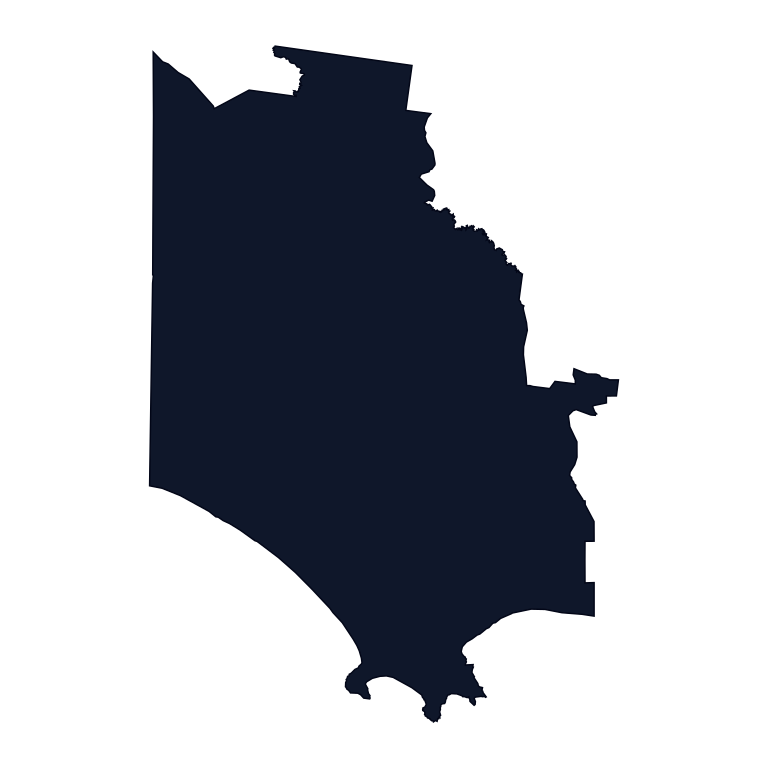 Glenelg, Victoria, Australia (Mercator projection)
{"feature_id": "25037944B68247262621131", "entity_name": "Glenelg", "entity_type": "district", "adm_level": 2, "iso_a3": "AUS", "parent_name": "Australia", "parent_adm1": "Victoria", "projection": "mercator", "projection_center": [141.502, -37.891], "detail": "fine", "context": "isolated", "style": "filled", "palette": "ink", "viewbox_px": 768, "rotation_deg": 0, "n_neighbors": 0, "source": "geoboundaries", "source_scale": "gbopen_adm2", "svg_char_len": 6061}
<svg xmlns="http://www.w3.org/2000/svg" viewBox="0 0 768 768"><path d="M412.0,65.5L275.1,46.1L274.5,47.7L273.6,47.4L273.0,48.4L274.0,48.8L273.2,50.2L274.5,51.1L273.8,52.4L274.8,53.3L274.5,55.1L275.0,55.9L280.8,57.7L283.4,56.7L285.5,57.3L286.3,59.1L288.6,58.8L289.7,61.8L291.3,63.0L295.0,63.6L297.3,67.0L299.3,67.2L301.2,68.7L301.4,69.4L300.1,72.1L300.3,73.0L303.7,73.6L304.4,74.4L304.3,75.1L302.2,76.1L299.9,79.7L301.1,82.1L300.6,83.7L299.8,83.4L299.7,84.3L301.5,85.4L299.4,86.6L300.0,88.2L298.9,88.4L298.5,91.5L297.9,91.9L297.3,90.7L297.5,91.9L296.2,92.1L295.2,90.9L294.1,90.8L294.5,91.2L293.6,92.5L293.6,94.3L295.5,95.5L296.2,95.3L296.2,96.5L249.1,90.1L214.2,108.7L213.3,106.1L189.2,79.0L178.1,72.5L168.2,64.0L162.6,61.8L153.2,52.0L153.5,116.3L152.7,274.9L153.4,275.2L152.6,283.1L149.6,485.8L161.9,488.2L180.4,495.6L209.1,511.4L215.8,516.8L218.3,517.2L223.2,520.6L229.5,523.5L240.2,530.1L254.9,540.7L257.1,541.4L278.4,557.5L295.3,572.4L311.6,588.8L330.0,608.4L333.0,612.6L342.3,622.7L353.1,639.0L356.9,645.5L359.3,650.9L361.4,658.1L362.0,662.7L361.3,664.1L359.0,666.1L358.3,667.9L355.0,669.4L351.2,673.2L349.2,674.3L349.2,675.8L347.6,676.4L347.0,678.7L346.2,679.5L346.6,680.8L345.7,682.4L345.5,686.8L346.3,687.6L346.7,688.9L348.8,690.5L350.5,692.9L357.8,693.2L360.6,694.7L363.7,698.1L369.7,698.9L370.1,698.0L369.6,697.0L370.0,695.7L368.5,693.6L367.6,689.9L367.8,688.7L365.5,684.5L365.5,683.5L366.6,681.8L372.4,678.3L380.0,676.3L386.4,675.9L393.2,677.4L411.9,687.7L421.8,695.0L422.5,697.3L423.8,698.7L424.0,699.7L424.6,699.7L426.3,704.3L424.9,707.0L422.8,708.1L423.2,709.6L422.7,709.7L422.8,710.5L424.7,711.7L424.9,713.4L424.6,714.5L425.2,714.8L425.2,715.8L427.3,717.1L427.5,717.9L430.0,718.6L430.3,719.1L430.0,719.2L431.6,720.7L432.9,720.7L433.4,721.9L435.5,720.5L437.1,721.3L437.7,718.7L438.6,718.7L438.6,718.0L439.5,717.9L439.4,717.4L439.8,717.7L439.8,716.0L440.6,715.3L439.6,711.9L440.4,709.5L440.2,707.2L440.7,706.8L440.8,704.8L442.3,703.8L444.6,703.5L445.3,702.1L445.7,699.6L446.5,698.4L446.7,696.8L448.2,694.8L449.2,694.8L451.3,693.6L456.9,693.9L461.8,695.7L463.0,696.8L463.7,696.4L467.2,697.6L468.8,696.8L468.8,697.6L469.8,699.2L470.0,701.4L474.1,705.3L475.1,704.5L475.4,701.5L474.1,698.3L475.3,697.1L481.6,696.3L482.1,696.7L484.6,696.5L485.5,697.3L486.2,696.9L483.1,692.7L482.7,691.1L481.9,690.6L482.5,687.6L479.5,686.9L478.3,685.8L477.8,683.5L473.8,677.4L474.2,676.9L474.7,677.3L471.9,672.5L472.3,669.6L473.6,666.4L472.4,668.6L473.1,664.6L465.4,665.0L465.5,663.7L466.4,661.9L465.9,660.8L466.3,659.0L465.5,658.3L465.1,657.0L463.8,656.2L461.9,653.7L461.2,651.4L462.3,646.8L466.4,642.1L472.3,638.7L477.0,635.1L479.9,634.0L486.3,628.7L488.9,627.6L492.8,623.2L495.5,622.6L500.6,618.4L511.8,613.5L513.0,612.2L512.5,613.0L531.1,609.1L545.0,609.4L561.9,612.7L582.2,614.3L594.1,616.1L594.1,582.6L585.0,582.9L584.9,559.8L585.0,541.3L594.1,541.2L594.0,521.5L585.2,504.9L585.1,501.0L582.9,500.6L582.8,499.5L575.4,487.9L575.8,485.1L574.2,484.0L573.6,482.1L571.6,479.3L571.7,477.8L569.6,475.4L570.1,472.0L574.7,464.6L577.0,457.2L576.9,441.8L569.8,426.8L568.3,415.5L572.9,410.8L576.2,409.6L590.9,415.0L595.3,415.3L595.3,414.4L596.6,413.9L594.7,411.8L592.5,406.4L593.9,405.5L606.4,402.9L606.4,396.0L616.4,395.9L618.4,379.9L609.7,379.9L606.9,378.6L601.3,377.7L599.3,375.3L596.2,374.2L587.3,374.0L574.0,368.7L573.2,374.9L575.3,380.1L575.3,383.9L555.0,381.4L549.7,388.6L533.0,386.5L529.9,385.6L526.6,385.6L526.1,377.3L523.4,354.8L523.6,346.8L527.3,330.3L526.5,322.8L523.4,309.6L523.2,307.7L523.9,305.9L521.1,304.4L520.3,301.6L519.0,299.8L522.4,274.1L521.6,274.1L520.7,272.8L519.0,272.5L519.1,271.5L518.5,271.5L518.2,270.5L516.7,271.8L516.7,270.5L515.8,270.3L516.7,269.3L515.4,267.3L515.8,266.8L514.9,265.6L514.0,266.5L513.0,265.9L512.3,266.4L510.4,264.5L511.2,263.8L510.9,263.2L510.2,263.8L508.8,263.5L507.4,265.3L506.7,265.1L506.8,264.3L505.9,263.8L506.1,262.7L506.7,262.5L505.1,260.5L505.4,259.1L506.1,259.3L506.6,258.5L505.7,257.6L506.1,256.4L504.5,254.6L503.1,255.5L502.0,255.0L501.9,254.3L503.5,253.3L503.6,252.8L504.1,252.9L504.5,251.8L503.0,251.7L502.3,249.7L499.3,248.0L496.6,249.0L496.1,250.4L494.4,249.7L493.9,247.1L494.3,245.8L493.6,243.1L492.7,241.7L491.7,240.9L491.6,241.9L490.8,241.7L489.4,242.6L489.0,241.6L489.6,240.3L487.5,239.8L487.5,239.4L486.9,239.7L488.3,237.5L486.1,236.3L486.4,233.9L485.6,233.9L485.1,235.0L484.1,234.0L483.4,234.8L482.7,234.6L482.4,233.6L485.0,233.0L484.6,231.7L483.2,231.6L484.1,230.8L483.5,229.9L482.6,229.9L481.9,228.7L480.0,229.2L479.8,229.8L478.6,228.9L478.5,229.9L477.9,230.2L476.8,229.8L477.1,231.0L474.4,231.3L473.2,230.2L473.8,229.6L472.4,228.4L473.0,227.9L472.7,227.3L473.6,227.6L474.2,226.8L473.3,225.9L473.0,226.7L471.5,225.7L470.8,226.4L470.0,226.3L469.6,227.8L468.7,228.2L468.4,227.4L467.7,227.4L467.3,225.4L466.3,225.8L466.7,229.1L465.9,230.0L465.7,228.8L465.0,228.4L465.2,227.8L464.3,227.8L463.7,227.2L462.9,227.7L462.8,226.8L461.9,226.4L461.6,226.8L462.1,227.6L461.0,228.7L461.9,229.5L461.5,230.4L460.1,230.0L459.8,229.2L460.5,228.8L459.8,228.1L459.3,228.6L458.6,228.3L459.0,229.2L458.6,229.6L457.7,229.7L457.5,228.9L456.8,229.3L456.3,228.6L455.3,229.5L453.5,227.2L454.3,226.2L453.8,224.4L455.7,222.0L455.1,221.4L455.1,220.6L454.2,219.9L452.9,220.2L453.0,219.3L452.2,218.9L454.1,217.6L454.6,216.5L454.1,216.1L452.3,217.1L453.1,216.0L452.6,215.6L453.2,215.4L453.2,214.1L451.2,215.5L450.8,214.2L449.3,213.7L448.7,212.6L449.8,211.1L448.4,210.7L448.7,209.6L446.5,209.7L447.0,208.3L446.4,208.0L444.5,208.7L444.2,209.6L443.4,209.2L443.0,210.4L442.1,210.3L441.6,211.7L440.2,212.4L439.9,212.1L440.5,211.5L438.3,211.2L437.2,210.1L436.0,211.2L435.2,210.9L434.3,209.6L432.5,210.0L433.0,207.9L431.4,208.2L431.8,207.0L430.0,204.7L429.4,204.3L427.4,205.1L426.9,203.9L424.3,203.0L424.4,202.4L428.6,200.1L432.1,201.2L434.7,195.5L434.3,191.3L433.6,189.8L426.9,185.0L419.3,177.5L421.3,174.1L429.0,171.7L429.9,169.7L431.9,169.1L434.9,165.0L435.0,163.3L432.8,150.9L426.8,142.7L424.9,136.5L425.9,132.8L424.5,130.4L424.2,127.0L427.4,117.9L430.8,113.7L405.8,110.4L412.0,65.5Z" fill="#0f172a" stroke="#020617" stroke-width="1.5"/></svg>